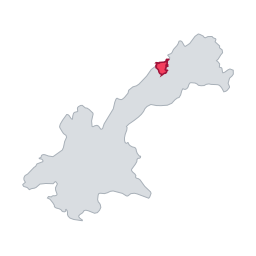 Sepone, Savannakhét, Laos shown in context, rotated 267°
{"feature_id": "54806243B75063146976266", "entity_name": "Sepone", "entity_type": "district", "adm_level": 2, "iso_a3": "LAO", "parent_name": "Laos", "parent_adm1": "Savannakhét", "projection": "mercator", "projection_center": [106.495, 16.758], "detail": "fine", "context": "in_parent", "style": "filled", "palette": "rose", "viewbox_px": 256, "rotation_deg": 267, "n_neighbors": 0, "source": "geoboundaries", "source_scale": "gbopen_adm2", "svg_char_len": 6256}
<svg xmlns="http://www.w3.org/2000/svg" viewBox="0 0 256 256"><g transform="rotate(267 128 128)"><path d="M86.0,22.9L87.3,25.4L93.5,32.0L94.6,33.8L96.9,35.2L98.8,41.1L99.6,41.4L100.6,41.0L101.4,40.2L102.0,37.9L102.5,37.7L103.2,39.6L104.9,40.1L105.6,40.9L105.9,42.4L105.6,43.8L104.2,47.1L103.3,51.6L109.4,61.2L111.9,62.5L117.9,64.1L122.0,66.2L123.9,65.7L125.8,63.3L128.0,62.0L132.0,59.9L133.2,59.8L135.4,60.6L139.1,63.0L144.7,67.5L144.5,68.7L143.5,69.8L140.5,71.6L139.6,72.7L140.2,73.1L142.6,73.4L145.6,74.4L146.5,75.6L147.0,78.3L147.5,78.7L150.2,78.5L151.1,78.8L152.0,79.7L153.0,81.9L153.0,83.5L150.3,86.4L150.0,88.1L148.5,90.2L144.8,93.7L143.8,93.9L137.0,92.0L131.5,92.2L131.1,93.0L132.0,95.1L132.3,97.1L131.4,98.7L128.3,100.7L128.2,101.6L128.8,102.6L133.4,104.4L147.9,114.3L154.5,116.2L157.4,117.5L158.2,118.2L158.2,119.0L157.4,120.1L156.8,122.1L156.7,123.2L157.4,124.4L158.6,126.0L162.7,129.8L165.7,130.7L168.8,135.0L169.7,138.7L171.2,141.2L178.8,149.3L185.1,154.2L188.8,159.6L190.6,160.8L191.2,162.7L191.7,168.4L193.9,171.2L194.3,172.3L195.3,173.2L196.3,173.3L198.5,171.5L199.0,171.8L200.0,174.7L200.9,175.8L204.2,177.6L207.7,181.2L209.6,182.5L212.0,183.5L212.3,184.7L211.9,185.8L211.2,186.5L207.0,188.6L206.5,189.5L209.2,194.1L216.0,199.7L218.2,203.1L217.7,204.7L215.8,208.0L214.4,208.9L214.0,209.9L215.1,212.6L215.0,216.7L213.7,217.7L212.5,220.2L211.6,220.4L209.5,219.5L205.1,223.8L203.3,223.6L201.1,226.1L198.2,226.4L196.3,224.6L192.1,221.7L190.6,219.9L189.3,221.4L187.1,222.9L184.0,222.4L183.2,224.6L182.6,224.9L178.8,225.3L178.1,225.7L178.7,227.6L180.9,231.0L181.6,232.9L180.2,236.1L176.3,236.0L174.6,234.7L172.4,232.0L167.4,230.3L164.1,231.5L163.1,231.4L160.6,229.2L159.6,227.7L159.1,225.6L162.9,223.8L164.8,222.5L166.1,221.0L166.6,219.5L167.2,213.3L167.8,211.1L167.5,208.4L166.4,206.3L166.4,203.1L167.0,200.5L168.4,199.2L169.4,197.3L170.0,193.1L169.6,192.1L168.1,191.0L165.7,190.1L164.2,188.8L163.6,187.3L163.7,186.0L164.4,184.9L162.6,183.7L158.3,182.3L155.8,180.6L155.3,178.7L153.5,176.1L150.4,173.0L148.7,168.5L148.6,162.5L148.9,157.7L150.3,152.1L148.5,148.1L146.5,146.0L143.7,144.4L141.0,142.1L138.5,139.2L135.5,134.9L131.9,129.1L129.6,126.5L128.4,127.1L125.8,126.6L121.9,124.9L118.5,124.0L115.6,123.9L113.8,124.3L112.9,125.2L112.8,126.0L113.5,126.9L113.1,127.6L111.6,128.0L110.4,129.0L109.0,131.1L108.1,133.9L106.6,134.9L104.4,135.2L102.2,135.9L100.1,137.3L99.1,138.3L99.2,139.0L98.7,139.1L97.7,138.8L97.2,137.8L97.2,136.4L96.2,135.4L93.9,135.0L91.4,133.4L86.5,129.4L85.4,129.3L83.8,130.3L81.7,132.5L80.0,133.4L78.6,132.9L77.5,133.7L76.8,135.8L75.5,137.4L68.9,141.6L63.0,147.2L61.5,147.6L58.0,146.1L56.8,145.0L61.7,133.7L62.5,131.0L62.3,127.4L60.2,124.3L60.1,123.4L60.5,122.5L63.0,119.0L65.9,109.9L65.7,107.1L64.4,104.0L63.7,101.0L64.3,97.0L64.1,95.5L62.7,94.7L58.2,93.9L55.6,94.5L54.4,95.6L52.9,96.3L50.1,96.7L47.4,95.3L45.1,93.0L44.6,90.2L47.4,84.1L48.1,81.7L48.0,80.6L47.5,79.4L46.9,79.3L45.4,77.8L44.0,75.3L42.7,74.1L41.5,74.4L40.3,75.3L38.4,77.7L37.8,77.4L39.5,69.0L41.1,65.3L42.9,63.7L44.8,63.0L46.9,63.2L48.6,62.9L50.0,62.0L49.9,61.5L48.2,61.4L47.6,60.4L47.9,58.6L48.7,57.5L49.8,56.9L50.9,55.1L51.9,52.0L53.2,50.4L54.7,50.4L57.3,49.0L60.9,46.4L62.3,43.9L63.7,45.0L63.2,48.0L63.9,48.6L64.3,49.7L64.1,51.3L64.4,52.7L64.9,53.4L65.7,53.7L69.6,52.5L72.0,52.4L75.9,54.6L78.2,53.0L78.2,52.4L76.3,50.4L76.9,42.9L76.6,37.2L73.4,33.0L72.8,31.3L72.5,28.5L71.6,26.2L73.8,24.3L75.1,20.8L76.7,19.9L77.2,20.1L79.2,22.7L81.6,21.4L83.5,21.4L85.1,22.1L86.0,22.9Z" fill="#d9dde1" stroke="#a8b0b8" stroke-width="1"/><path d="M186.6,159.4L186.6,159.5L186.2,159.9L185.9,160.2L185.7,160.3L185.5,160.5L185.3,160.7L185.2,160.8L185.0,161.0L184.8,161.1L184.7,161.2L184.4,161.4L184.2,161.4L184.0,161.5L183.8,161.6L183.3,161.7L183.1,161.7L182.9,161.7L182.5,161.8L182.3,161.9L181.7,162.1L181.2,162.4L181.0,162.6L180.8,162.7L180.6,162.9L180.4,163.1L180.3,163.4L180.2,163.6L180.1,164.0L179.9,164.3L179.7,164.3L179.4,164.3L179.1,164.3L178.9,164.2L179.1,164.5L179.2,164.9L179.4,165.1L179.5,165.3L179.7,165.5L179.9,165.8L180.0,165.9L180.2,166.3L180.3,166.5L180.5,166.8L180.7,167.3L180.8,167.5L180.8,167.8L180.7,168.0L180.8,168.4L180.9,168.5L181.1,168.8L181.3,168.8L181.5,169.0L181.8,169.4L182.0,169.5L182.3,169.6L182.5,169.6L182.7,169.4L182.8,169.4L182.9,169.5L183.0,169.5L183.1,169.8L183.2,170.0L183.3,170.1L183.4,170.3L183.5,170.4L183.7,170.1L183.7,169.8L183.8,169.6L183.9,169.3L183.8,169.0L183.8,168.8L183.9,168.6L184.0,168.4L184.4,168.2L184.7,168.3L184.9,168.4L185.0,168.6L185.4,168.7L185.6,168.7L185.7,169.0L185.9,169.1L186.2,169.1L186.4,169.0L186.6,169.2L186.9,169.2L187.0,169.3L187.1,169.5L187.3,169.7L187.3,169.8L187.7,169.9L187.7,170.1L187.6,170.3L187.5,170.5L187.6,170.9L187.9,170.8L188.1,170.8L188.3,170.8L188.6,171.0L188.9,171.0L188.9,170.7L188.8,170.3L188.6,170.1L188.4,170.0L188.3,169.8L188.3,169.5L188.2,169.3L188.2,169.2L188.3,169.2L188.7,169.2L188.9,169.3L189.0,169.4L189.2,169.6L189.5,169.7L189.5,169.9L189.5,170.1L189.6,170.3L189.8,170.5L190.4,170.5L190.6,170.5L191.1,170.4L191.3,170.4L191.4,170.6L191.5,170.7L191.9,170.8L192.2,170.6L192.4,170.7L192.6,170.7L192.8,170.7L193.0,170.6L193.3,170.4L193.5,170.4L193.7,170.6L193.9,170.8L193.9,171.0L193.8,171.4L193.9,171.5L193.9,172.0L194.1,172.1L194.4,172.3L194.5,172.2L194.4,172.0L194.3,171.9L194.2,171.8L194.2,171.7L194.1,171.1L194.5,170.7L194.5,170.4L194.4,170.3L194.4,170.2L194.5,170.2L194.4,170.0L194.2,170.0L194.1,169.8L193.9,169.8L193.7,169.9L193.7,170.0L193.5,169.8L193.5,169.7L193.3,169.5L193.1,169.5L192.9,169.5L192.7,169.6L192.5,169.4L192.7,169.2L192.5,168.9L192.4,168.9L192.3,168.7L192.2,168.6L192.2,168.4L192.2,168.2L192.1,167.9L192.0,167.7L191.9,167.7L191.9,167.4L191.8,163.0L191.7,163.0L191.7,162.9L191.3,162.6L191.2,162.5L191.0,162.4L191.0,162.2L191.0,161.9L191.0,161.7L191.3,161.5L191.5,161.5L191.8,159.5L191.7,159.4L191.7,159.5L191.6,159.8L191.4,159.8L191.4,160.0L191.2,160.3L190.9,160.4L190.7,160.3L190.7,160.2L190.4,160.2L190.2,160.1L189.9,160.1L189.7,159.9L189.7,159.7L189.4,159.7L189.2,159.8L189.1,159.7L188.9,159.5L188.8,159.4L188.8,159.2L188.7,159.2L188.7,159.3L188.4,159.3L188.4,159.2L188.2,159.2L187.9,159.1L187.9,159.3L187.7,159.5L187.6,159.4L187.3,159.2L187.2,159.2L187.1,159.3L186.9,159.4L186.7,159.4L186.6,159.4Z" fill="#f43f5e" stroke="#9f1239" stroke-width="1.5"/></g></svg>